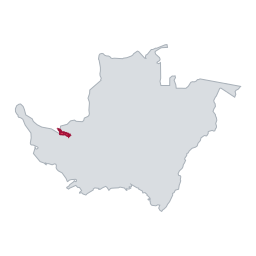 El Carmen, Norte de Santander, Colombia (highlighted), rotated 270°
{"feature_id": "7082276B17655587109293", "entity_name": "El Carmen", "entity_type": "district", "adm_level": 2, "iso_a3": "COL", "parent_name": "Colombia", "parent_adm1": "Norte de Santander", "projection": "albers", "projection_center": [-73.319, 8.847], "detail": "fine", "context": "in_parent", "style": "filled", "palette": "rose", "viewbox_px": 256, "rotation_deg": 270, "n_neighbors": 0, "source": "geoboundaries", "source_scale": "gbopen_adm2", "svg_char_len": 5709}
<svg xmlns="http://www.w3.org/2000/svg" viewBox="0 0 256 256"><g transform="rotate(270 128 128)"><path d="M149.6,23.1L146.7,24.3L141.1,25.8L137.2,32.2L134.6,33.3L131.3,37.1L128.9,41.8L127.1,51.4L122.3,59.5L122.7,59.8L124.6,59.5L126.4,58.6L127.1,58.9L127.7,60.3L129.9,60.6L131.7,67.2L135.1,70.5L135.4,71.8L135.9,74.5L134.7,76.2L134.3,82.2L135.4,83.7L137.9,84.3L139.6,88.0L140.6,88.9L142.2,89.4L145.9,88.9L152.5,89.4L154.1,89.3L157.8,88.0L162.5,89.6L166.0,89.8L175.7,101.0L176.6,100.7L177.8,101.3L180.2,100.1L182.3,99.9L185.0,100.4L188.6,100.4L195.8,99.1L196.9,98.5L200.8,99.1L202.0,99.9L202.6,102.0L202.2,103.3L200.8,104.6L200.1,106.3L200.0,108.4L199.3,109.9L198.0,110.9L197.5,112.3L197.8,114.2L197.3,122.7L197.8,123.4L198.3,126.9L200.0,131.4L200.9,132.7L202.3,133.7L204.9,137.4L204.4,138.7L197.9,144.6L197.6,145.9L198.8,145.4L200.9,145.9L201.6,147.3L206.5,151.3L206.5,152.8L207.9,155.8L207.7,156.5L211.2,165.1L211.4,167.0L208.6,167.5L208.3,161.7L207.9,160.5L204.7,155.4L204.0,155.0L201.9,155.6L198.4,159.5L196.7,160.1L195.4,159.6L194.0,157.3L193.1,156.9L192.3,158.8L193.4,160.5L177.7,160.7L174.7,160.0L170.5,160.9L170.5,169.7L178.0,169.8L180.0,172.2L179.9,174.3L180.2,175.0L178.4,175.5L175.8,174.1L171.2,175.8L167.8,176.2L167.7,185.9L169.7,188.3L173.7,190.8L174.3,192.5L174.1,194.2L175.0,196.3L176.4,197.4L176.4,198.6L177.1,200.0L169.6,240.6L166.8,238.2L165.7,236.0L164.4,235.1L161.7,235.8L158.8,234.7L167.9,220.9L167.6,219.7L159.9,216.3L159.1,215.5L155.5,213.7L153.5,214.2L152.3,215.1L149.5,215.4L147.3,214.0L144.6,213.0L141.4,215.4L140.4,215.4L138.2,216.4L135.7,216.8L132.5,215.7L129.9,216.5L128.1,216.3L127.5,215.6L125.2,214.8L124.9,213.8L125.6,212.1L124.6,208.8L124.2,208.2L122.5,208.2L120.4,206.9L120.0,206.2L120.5,204.8L120.1,203.7L118.1,201.0L115.4,200.3L112.7,198.0L110.1,197.2L108.9,195.6L107.7,192.0L105.0,189.2L103.1,188.2L102.5,186.9L100.5,186.7L97.8,184.8L96.6,184.7L95.8,185.6L93.3,184.6L91.2,183.3L89.1,182.9L87.6,182.1L85.1,179.4L82.3,178.1L80.7,178.6L80.1,180.5L79.2,180.8L76.0,180.3L75.4,180.7L74.6,180.6L70.7,179.2L66.8,178.6L65.8,175.3L63.4,174.1L62.6,172.6L60.9,172.7L54.3,169.6L51.6,167.5L49.3,166.4L46.9,164.0L46.5,163.1L44.6,161.7L45.6,160.0L47.9,158.7L50.8,159.8L51.2,157.8L50.2,155.9L50.7,151.9L51.5,151.0L53.1,150.2L54.1,150.5L54.8,149.9L57.2,150.2L57.9,149.9L59.8,148.3L60.6,147.0L61.4,147.2L63.4,145.0L63.1,142.8L65.0,142.3L66.9,138.7L67.8,138.7L68.2,137.0L71.7,131.0L70.4,131.7L69.1,131.3L69.3,129.3L68.9,129.0L67.8,130.6L66.9,129.0L67.2,126.5L65.7,126.9L65.7,126.3L68.0,124.4L68.9,120.0L68.2,118.5L67.8,111.8L67.5,110.6L65.7,108.9L68.5,107.1L69.6,105.7L68.3,102.7L66.7,100.2L66.6,98.8L67.6,98.9L68.1,94.8L67.1,93.3L66.0,93.2L62.3,87.1L61.0,85.9L62.0,83.0L63.2,81.7L62.9,79.5L63.7,79.6L65.3,81.6L65.9,81.3L68.5,79.5L68.6,77.7L70.6,75.8L67.8,69.6L66.9,68.6L68.1,66.7L68.7,66.8L69.8,68.7L71.6,70.0L74.1,73.5L75.3,74.3L74.5,75.1L74.3,75.9L74.6,76.3L76.1,76.5L76.7,75.5L76.4,71.3L75.8,69.2L74.4,67.7L74.9,67.1L77.5,66.1L83.1,62.1L85.1,58.4L86.5,57.0L88.2,56.1L90.2,56.4L91.7,55.9L92.2,54.7L91.2,52.1L92.4,48.5L92.4,46.7L93.1,45.6L92.9,45.2L90.9,46.5L93.0,44.0L94.4,40.1L102.5,33.4L107.7,35.0L109.4,34.9L107.2,35.8L106.9,36.7L107.6,37.8L108.4,38.1L109.1,37.4L110.9,33.4L111.1,31.3L111.9,30.5L113.0,30.3L118.1,31.2L123.0,30.9L130.9,25.2L136.8,22.8L138.3,20.5L138.7,18.7L139.8,18.0L140.9,18.0L141.6,17.1L144.3,15.5L147.2,15.4L150.3,16.7L151.8,19.0L152.0,20.6L149.6,23.1ZM57.3,149.5L56.9,149.8L56.2,149.2L56.0,148.5L56.4,148.0L57.0,148.2L57.3,149.5Z" fill="#d9dde1" stroke="#a8b0b8" stroke-width="1"/><path d="M120.6,70.0L120.8,70.0L120.9,70.3L121.0,70.2L121.3,70.0L121.5,70.0L121.7,69.9L121.6,69.7L121.6,69.3L121.7,69.2L121.7,68.9L121.8,68.8L121.7,68.8L121.7,68.6L121.7,68.4L121.9,68.2L122.0,68.1L122.2,67.9L122.3,67.8L122.3,67.7L122.2,67.6L122.3,67.5L122.2,67.5L122.3,67.5L122.4,67.3L122.5,67.3L122.5,67.2L122.6,66.8L122.7,66.7L122.8,66.7L123.0,66.5L123.0,66.4L123.1,66.1L123.0,65.9L123.1,65.7L123.3,65.7L123.3,65.4L123.2,65.4L123.2,65.2L123.2,64.9L123.2,64.7L123.3,64.6L123.4,64.4L123.5,64.4L123.8,64.3L123.9,64.2L124.0,64.1L124.0,63.8L123.9,63.7L124.0,63.7L123.9,63.7L124.0,63.5L123.9,63.4L123.8,63.2L123.7,63.2L123.8,63.1L123.7,63.0L123.8,62.9L123.8,62.7L124.0,62.4L123.9,62.3L123.8,62.1L123.9,61.9L124.0,61.8L124.0,61.7L124.3,61.5L124.3,61.4L124.6,61.3L124.6,61.1L124.8,60.9L125.0,60.9L125.0,60.7L125.3,60.6L125.5,60.5L125.5,60.4L125.9,60.3L126.0,60.4L126.2,60.2L126.3,60.2L126.3,60.3L126.4,60.2L126.5,60.1L126.4,60.0L126.4,59.9L126.2,59.8L126.2,59.7L126.2,59.4L126.2,59.1L126.3,59.1L126.5,59.0L126.6,58.9L126.8,58.9L126.9,58.7L127.1,58.4L127.2,58.2L126.9,58.2L126.8,58.3L126.8,58.2L126.7,58.3L126.6,58.5L126.4,58.5L126.2,58.5L126.2,58.8L126.0,59.1L125.9,59.0L125.7,59.0L125.4,59.0L125.2,59.3L125.1,59.5L124.9,59.6L124.6,59.7L124.4,59.7L124.2,59.7L124.0,59.8L123.9,59.9L123.8,60.0L123.8,59.9L123.7,59.9L123.4,59.9L123.1,59.8L122.9,59.8L122.6,59.8L122.4,59.8L122.2,59.8L122.2,60.0L121.9,60.0L121.8,59.9L121.7,59.9L121.7,60.0L121.6,60.3L121.4,60.7L121.4,60.8L121.5,60.8L121.6,61.2L121.6,61.3L121.6,61.5L121.5,61.8L121.4,62.1L121.3,62.3L121.3,62.5L121.4,62.8L121.4,63.0L121.3,63.3L121.5,63.5L121.4,63.8L121.2,63.9L121.2,64.0L121.3,64.1L121.4,64.4L121.4,64.5L121.5,64.7L121.5,64.8L121.6,65.0L121.6,65.3L121.3,65.4L121.2,65.5L120.9,65.8L120.8,66.0L120.7,66.2L120.6,66.3L120.4,66.4L120.4,66.5L120.2,66.8L120.2,67.0L119.9,67.2L119.8,67.4L119.8,67.5L119.8,67.8L119.8,68.0L120.0,68.2L120.1,68.3L120.2,68.5L120.3,68.5L120.2,68.6L119.9,68.6L119.8,68.8L119.7,68.8L119.4,68.8L119.5,68.9L119.5,69.0L119.4,69.0L119.5,69.1L119.8,69.2L119.8,69.3L120.1,69.2L120.3,69.2L120.5,69.2L120.6,69.3L120.8,69.3L120.8,69.5L120.6,69.8L120.6,70.0Z" fill="#f43f5e" stroke="#9f1239" stroke-width="1.5"/></g></svg>